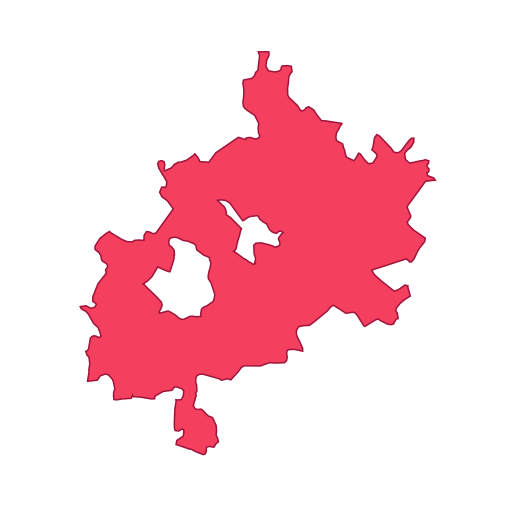 the district of Zaqaziq, Ash Sharqiyah, Egypt, rotated 278°
{"feature_id": "37247803B86566880158535", "entity_name": "Zaqaziq", "entity_type": "district", "adm_level": 2, "iso_a3": "EGY", "parent_name": "Egypt", "parent_adm1": "Ash Sharqiyah", "projection": "mercator", "projection_center": [31.49, 30.587], "detail": "fine", "context": "isolated", "style": "filled", "palette": "rose", "viewbox_px": 512, "rotation_deg": 278, "n_neighbors": 0, "source": "geoboundaries", "source_scale": "gbopen_adm2", "svg_char_len": 6123}
<svg xmlns="http://www.w3.org/2000/svg" viewBox="0 0 512 512"><g transform="rotate(278 256 256)"><path d="M458.5,229.8L454.9,231.7L440.1,232.0L437.8,230.1L434.2,229.4L431.3,227.0L428.5,219.1L425.0,219.0L419.6,220.7L416.1,221.2L410.7,221.7L406.6,221.6L402.4,222.7L400.6,224.5L398.8,227.4L395.1,235.1L388.5,239.7L387.3,240.3L383.7,240.2L378.4,241.3L375.4,243.0L373.6,242.4L371.9,239.9L372.0,237.5L372.6,233.4L371.5,229.8L369.8,229.7L371.1,222.0L352.7,201.9L342.1,196.1L342.2,193.9L341.7,189.1L341.7,187.3L345.3,185.0L348.7,181.2L347.2,180.3L341.4,174.1L338.6,168.7L338.0,165.7L336.3,163.8L335.7,162.6L331.6,160.1L327.6,153.5L328.8,152.9L333.6,153.0L336.5,151.9L337.2,150.1L337.2,148.9L336.1,146.5L333.7,145.8L329.5,147.5L323.5,152.2L321.7,153.9L316.9,157.4L312.2,157.3L311.1,156.8L311.5,155.4L311.0,153.0L305.7,151.7L301.5,154.6L298.4,160.5L291.1,167.5L264.8,153.7L263.7,150.7L264.9,147.8L265.0,144.2L260.9,142.3L256.1,142.8L255.6,140.4L255.6,138.0L254.5,133.2L252.8,131.9L252.3,126.5L253.6,121.2L259.2,108.1L260.0,107.6L257.5,104.5L251.7,99.0L243.4,95.2L240.1,95.7L236.8,101.0L236.2,101.0L235.0,102.2L231.4,103.3L229.6,104.5L227.8,108.6L226.0,110.4L223.6,110.3L223.0,109.7L221.9,109.1L220.7,109.1L218.3,110.2L206.6,103.4L193.0,100.1L188.3,100.6L187.0,103.5L185.8,104.7L182.9,103.4L181.2,99.8L183.1,94.5L181.4,89.0L179.6,90.2L178.4,92.6L177.7,94.9L175.3,97.9L166.9,104.3L165.1,106.6L163.2,109.6L159.0,111.9L156.7,113.0L154.9,113.6L153.3,112.0L154.4,108.8L154.4,106.4L153.3,104.6L151.5,103.4L140.3,103.1L137.9,101.3L137.9,100.7L134.4,102.4L132.5,104.7L126.0,106.4L119.5,106.3L118.3,106.8L108.5,106.6L110.8,115.7L111.3,116.4L115.6,118.4L118.0,123.0L118.0,125.5L117.2,127.1L113.8,131.1L111.2,132.4L104.7,134.7L101.2,134.0L97.6,134.4L94.1,135.3L94.2,138.4L95.7,142.8L97.7,152.3L100.9,153.1L99.6,154.0L100.2,161.3L99.9,172.1L100.5,175.5L103.2,175.4L109.0,183.0L111.3,191.4L115.0,193.6L115.3,195.8L114.2,200.9L113.8,201.7L113.1,202.2L112.8,203.0L111.6,203.3L107.3,203.4L103.9,202.2L103.4,202.0L102.7,199.2L102.4,196.6L101.1,197.1L92.7,197.0L80.6,198.2L74.6,199.1L71.9,200.1L71.9,203.8L74.4,206.9L73.9,208.5L71.8,209.0L67.5,209.0L62.3,203.2L58.2,203.1L55.5,217.3L55.9,217.7L53.8,223.8L52.0,231.4L52.8,233.1L55.1,233.9L59.7,233.5L60.9,236.0L60.8,240.9L64.9,242.7L66.6,244.6L70.2,243.4L72.9,241.5L77.9,241.2L82.7,240.1L89.9,235.5L91.1,230.7L96.6,223.6L96.6,221.9L96.0,220.7L96.1,217.1L99.1,214.7L109.7,216.2L111.6,215.3L113.9,216.3L119.8,215.2L122.2,214.0L125.2,213.5L127.5,213.6L129.3,214.2L131.0,216.6L131.6,219.6L129.5,235.7L128.2,239.3L130.5,244.7L129.8,248.3L138.0,253.9L144.5,257.6L144.4,258.2L145.6,259.4L147.7,275.6L152.2,284.1L152.7,290.1L154.3,299.1L156.6,300.9L160.2,301.0L163.8,299.9L166.1,299.9L167.3,300.5L167.9,301.7L168.9,307.1L168.2,315.5L171.2,315.0L177.7,310.9L181.9,308.0L184.3,306.9L187.3,306.4L189.6,307.0L192.0,308.2L193.7,313.1L194.7,318.5L198.2,322.1L211.6,334.4L215.7,336.9L218.0,339.3L215.5,345.2L211.8,352.9L213.5,358.9L213.8,361.1L212.2,363.7L202.0,372.4L201.4,373.6L209.4,383.3L210.6,385.8L209.4,388.1L206.8,395.8L206.8,399.4L207.9,401.8L208.5,401.8L213.2,403.7L213.7,405.5L219.1,403.9L220.9,402.1L223.9,402.2L229.1,405.3L233.8,409.6L237.8,414.4L246.7,410.5L247.5,410.7L248.0,407.5L243.3,402.6L240.5,398.4L241.1,396.6L248.4,384.2L252.7,377.7L254.5,375.4L258.1,372.5L274.0,405.1L272.2,408.6L271.6,408.6L271.6,410.4L273.9,412.3L276.8,413.5L281.5,414.8L286.2,416.7L293.8,421.1L297.3,421.1L303.5,408.7L308.3,402.3L310.7,401.1L315.4,403.6L317.2,403.7L324.9,399.1L326.7,399.1L353.6,413.5L355.8,421.9L355.9,423.0L358.0,421.2L359.5,414.8L361.9,413.6L363.0,414.9L364.2,415.5L366.6,415.0L366.6,414.4L369.6,412.6L370.8,412.7L371.3,413.9L374.3,413.9L374.9,410.4L373.8,407.9L372.7,404.3L369.3,395.3L372.4,390.6L378.3,388.9L382.4,391.4L384.1,393.3L385.9,394.5L390.6,396.4L394.7,395.9L394.2,393.5L391.9,391.6L387.8,389.2L380.8,385.4L378.4,383.0L377.9,380.6L378.0,378.2L381.6,374.7L391.9,361.8L393.1,358.8L389.6,356.9L380.8,356.7L377.2,356.0L376.6,357.2L373.6,361.3L372.4,361.9L369.4,361.2L364.2,358.7L363.1,354.5L366.7,349.8L371.5,345.2L372.2,343.4L365.7,340.8L364.0,339.6L366.5,331.9L369.5,330.2L373.1,329.1L374.8,327.9L376.6,327.3L379.0,326.2L381.5,319.7L384.5,318.6L389.0,318.5L393.9,320.6L396.3,321.2L397.4,321.8L398.0,322.5L399.3,322.5L399.5,305.8L399.0,302.2L403.9,296.9L408.7,292.8L411.1,287.5L410.0,285.1L408.3,284.4L406.5,282.6L406.2,280.0L410.8,276.1L417.5,266.7L419.9,265.0L426.4,263.9L430.6,264.0L438.3,263.6L441.8,264.9L443.5,266.1L448.8,264.5L448.9,260.9L447.9,255.5L446.7,254.8L444.3,254.8L442.6,253.5L440.9,249.3L441.1,242.6L445.3,239.3L451.8,239.4L455.3,240.7L458.2,240.8L460.0,240.2L458.5,229.8ZM229.1,168.3L228.4,171.3L228.4,173.0L240.8,175.1L243.1,175.2L245.3,174.4L245.7,175.2L250.3,174.1L253.3,171.2L254.5,168.8L256.9,167.7L259.8,167.8L261.6,168.4L262.2,169.6L263.3,172.6L263.2,175.6L261.3,181.6L261.2,186.4L259.3,193.5L257.5,195.2L253.9,196.4L249.6,204.0L248.4,208.8L247.7,210.2L246.0,210.5L245.4,211.1L242.4,212.3L238.2,212.2L233.5,211.5L230.0,211.4L227.0,211.9L222.8,215.4L212.1,220.6L207.9,220.5L205.0,219.8L199.8,214.3L198.1,211.3L195.7,209.4L191.0,209.3L188.5,209.9L187.5,205.1L187.6,202.1L187.1,199.1L183.1,193.0L183.1,190.6L183.7,188.2L186.2,184.7L188.7,178.7L189.3,176.4L185.8,168.3L187.1,167.9L190.6,169.2L194.2,169.9L197.1,168.8L202.0,162.9L210.5,151.1L211.7,149.9L212.5,148.1L216.4,152.4L221.6,156.1L231.4,160.2L229.1,168.3ZM269.1,265.0L269.8,259.6L268.7,254.1L266.4,252.3L257.5,253.9L254.5,255.6L251.5,256.1L249.8,255.5L248.3,256.5L247.4,253.9L248.1,253.1L249.3,249.5L251.1,246.6L251.8,244.2L256.7,235.3L257.5,233.1L258.5,234.2L260.8,235.4L266.7,235.6L274.4,236.9L277.3,237.0L281.1,237.8L290.6,225.3L292.7,220.9L294.8,220.6L297.8,219.5L300.2,217.8L305.8,209.9L306.8,214.3L306.7,218.5L304.8,222.7L289.1,237.9L289.7,239.1L292.6,242.1L294.3,244.6L296.0,251.2L295.9,252.5L292.9,254.7L290.5,258.8L289.2,262.4L288.6,262.4L283.8,265.9L282.0,268.8L281.4,271.2L281.3,273.0L283.6,275.4L284.2,277.2L283.0,279.6L281.8,278.4L277.1,275.9L276.0,275.8L273.0,277.6L270.6,278.1L268.3,276.3L268.3,275.1L267.4,274.6L269.0,267.3L269.1,265.0Z" fill="#f43f5e" stroke="#9f1239" stroke-width="1.5"/></g></svg>